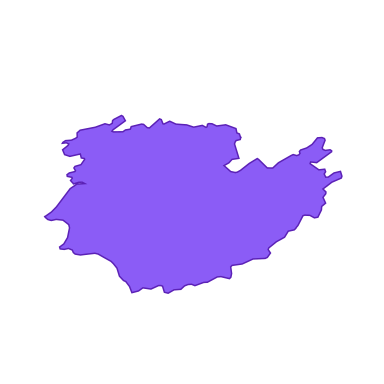 SVG path tracing the border of Perthshire and Kinross, rotated 163°
{"feature_id": "GBR-2018", "entity_name": "Perthshire and Kinross", "entity_type": "Unitary District", "adm_level": 1, "iso_a3": "GBR", "parent_name": "United Kingdom", "parent_adm1": "", "projection": "robinson", "projection_center": [-3.865, 56.538], "detail": "fine", "context": "isolated", "style": "filled", "palette": "violet", "viewbox_px": 384, "rotation_deg": 163, "n_neighbors": 0, "source": "natural_earth", "source_scale": "10m", "svg_char_len": 2795}
<svg xmlns="http://www.w3.org/2000/svg" viewBox="0 0 384 384"><g transform="rotate(163 192 192)"><path d="M340.0,211.6L339.1,211.7L332.2,214.0L326.0,217.4L307.4,230.9L299.8,233.2L292.1,231.4L294.2,233.5L297.4,234.4L303.0,234.4L303.0,234.8L303.5,235.7L304.8,238.5L302.5,240.1L302.5,241.1L306.7,243.4L306.5,245.1L303.8,246.1L298.0,245.8L297.2,246.4L297.9,249.5L296.4,250.7L290.2,250.6L285.1,254.6L285.1,255.5L287.9,256.9L287.7,261.0L298.4,261.8L302.9,265.0L303.4,270.2L296.9,272.8L295.8,274.0L297.8,275.8L301.7,276.5L301.0,277.2L297.9,278.1L292.2,276.8L287.6,277.4L285.7,278.1L284.6,282.1L280.9,283.8L265.5,282.2L255.3,282.7L251.4,280.3L248.2,281.0L247.0,283.6L245.3,284.3L237.1,285.8L235.9,284.5L234.9,279.6L249.3,274.6L250.8,273.5L249.5,272.4L240.5,269.8L237.5,270.8L232.6,270.1L231.0,272.3L220.4,271.7L218.5,270.8L216.0,266.6L214.0,265.7L202.2,271.1L201.6,271.4L200.2,270.2L199.8,265.7L198.9,265.2L192.6,266.2L187.5,261.6L177.4,257.7L171.4,253.5L162.7,252.7L159.7,249.7L158.5,250.0L157.3,252.3L155.9,252.5L152.9,251.4L149.1,247.9L140.1,246.4L131.4,239.8L131.8,235.4L129.7,233.7L129.6,230.1L128.7,229.8L129.7,229.7L130.5,228.1L134.8,228.3L136.2,227.1L137.3,225.5L137.3,210.5L144.2,211.5L148.2,209.1L153.7,207.9L149.0,200.2L144.8,197.9L144.7,198.0L143.1,197.7L139.3,198.5L128.8,202.6L119.8,204.9L118.8,203.7L113.0,193.0L107.8,191.3L100.8,194.7L86.5,197.9L84.3,198.2L81.2,196.2L78.9,196.3L77.4,197.4L77.5,199.3L75.9,200.4L69.5,200.6L63.2,202.4L56.2,207.1L51.8,206.1L49.7,204.4L49.6,202.6L54.5,196.3L54.4,194.5L53.8,194.0L52.4,192.8L47.6,192.0L46.4,190.6L46.6,190.1L46.7,189.7L64.2,183.6L67.8,185.2L69.8,186.0L70.8,184.6L66.3,178.8L64.2,176.1L63.2,175.9L58.4,175.0L58.3,172.3L60.3,170.6L59.8,167.1L57.4,166.4L50.6,168.7L44.0,168.3L44.0,163.3L45.1,161.7L55.4,160.5L65.9,156.6L63.9,152.9L64.6,151.2L68.3,148.6L67.5,142.3L72.2,140.3L73.5,137.0L79.0,131.1L82.5,131.5L86.1,135.2L90.9,136.9L92.8,136.9L100.5,129.0L102.8,127.5L103.3,126.9L105.3,125.9L111.4,126.4L116.7,121.7L125.7,119.8L134.9,116.1L136.0,114.7L134.8,110.7L139.1,107.4L141.5,107.1L153.2,110.1L165.0,108.5L175.1,110.1L176.9,109.1L178.0,102.4L179.8,99.1L181.5,98.2L189.0,102.6L192.6,103.4L203.6,101.2L207.2,102.1L216.6,101.6L219.4,103.9L222.9,104.7L226.6,104.4L231.1,102.2L237.8,103.7L244.4,102.2L247.7,104.2L247.7,110.5L249.0,111.6L251.3,112.3L259.6,111.2L267.0,114.7L272.1,113.0L278.9,113.3L279.4,120.0L281.5,125.7L283.4,127.4L286.0,132.7L286.0,137.1L286.0,141.1L288.1,146.4L289.7,149.4L295.2,155.1L299.9,160.1L302.8,161.8L308.0,162.8L313.5,163.8L317.1,164.4L321.9,166.8L323.2,168.8L323.4,171.4L326.6,174.1L331.0,174.5L334.7,176.1L334.7,178.1L329.8,179.8L324.3,184.8L319.6,193.5L319.4,196.8L323.6,202.8L329.9,205.5L334.8,205.9L335.7,206.4L338.0,207.9L339.8,210.8L340.0,211.6Z" fill="#8b5cf6" stroke="#5b21b6" stroke-width="1.5"/></g></svg>